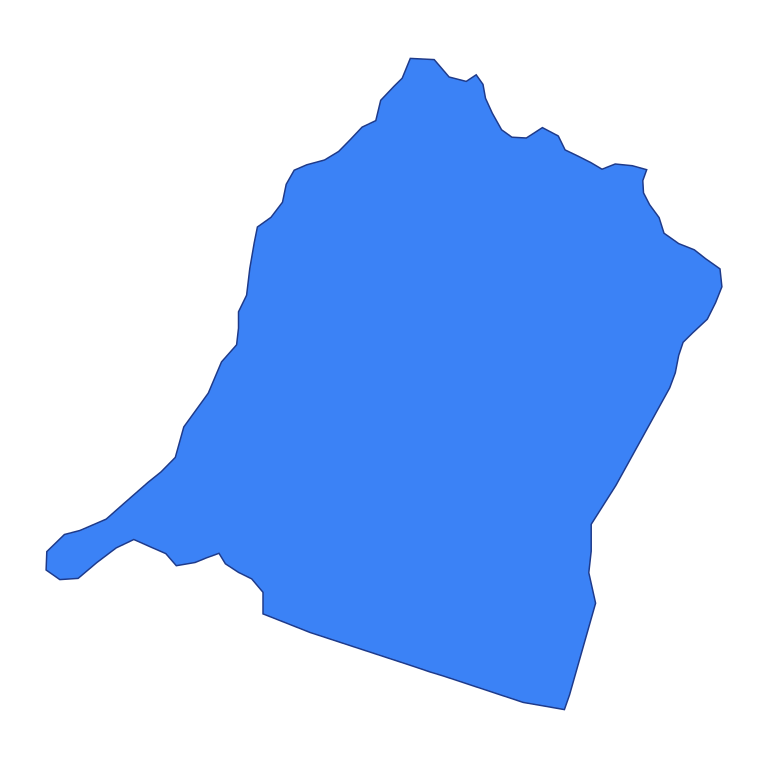 outline of Campo Grande, Alagoas, Brazil
{"feature_id": "56859067B11440381309792", "entity_name": "Campo Grande", "entity_type": "district", "adm_level": 2, "iso_a3": "BRA", "parent_name": "Brazil", "parent_adm1": "Alagoas", "projection": "mercator", "projection_center": [-36.753, -9.965], "detail": "fine", "context": "isolated", "style": "filled", "palette": "blue", "viewbox_px": 768, "rotation_deg": 0, "n_neighbors": 0, "source": "geoboundaries", "source_scale": "gbopen_adm2", "svg_char_len": 1292}
<svg xmlns="http://www.w3.org/2000/svg" viewBox="0 0 768 768"><path d="M669.7,387.9L675.3,372.8L678.7,355.4L683.1,342.3L692.4,333.1L707.3,319.2L715.6,302.6L721.9,286.8L720.0,268.9L705.6,258.7L694.3,249.8L678.7,243.6L664.0,233.2L659.1,217.6L649.6,204.7L643.5,192.8L642.8,180.6L646.7,169.7L632.3,165.7L615.2,164.0L602.0,169.2L591.2,162.8L580.0,157.1L565.1,149.9L558.3,136.0L542.4,127.6L526.3,138.0L511.9,137.2L501.6,129.8L492.3,113.2L485.5,98.3L483.0,84.4L476.2,74.8L466.2,81.4L449.1,77.0L434.2,59.6L410.3,58.4L402.2,78.2L393.9,86.4L380.7,100.3L375.8,120.6L362.1,127.1L350.2,139.7L338.7,151.4L324.5,160.0L306.7,164.8L294.2,170.2L286.2,184.3L282.5,202.2L271.0,217.3L257.4,227.0L254.2,242.9L249.8,268.4L246.6,295.2L238.5,311.8L238.5,328.2L236.6,344.8L221.5,361.9L208.3,393.1L183.8,426.9L175.3,457.4L160.9,472.0L148.2,482.2L125.0,502.5L106.2,519.1L79.8,530.5L64.4,534.5L46.8,551.6L46.1,570.0L59.8,579.6L78.1,578.4L96.9,562.5L116.2,547.9L133.8,539.5L150.9,547.1L165.8,553.6L176.3,565.7L195.1,562.5L206.6,557.8L219.0,553.3L225.4,563.8L238.5,572.4L251.7,578.9L263.0,592.3L263.0,613.9L310.1,632.5L415.1,666.9L429.8,671.9L443.0,675.9L523.1,702.4L564.4,709.6L569.5,695.0L595.6,603.2L588.8,572.7L591.2,551.1L591.2,524.3L615.9,485.4L669.7,387.9Z" fill="#3b82f6" stroke="#1e3a8a" stroke-width="1.5"/></svg>